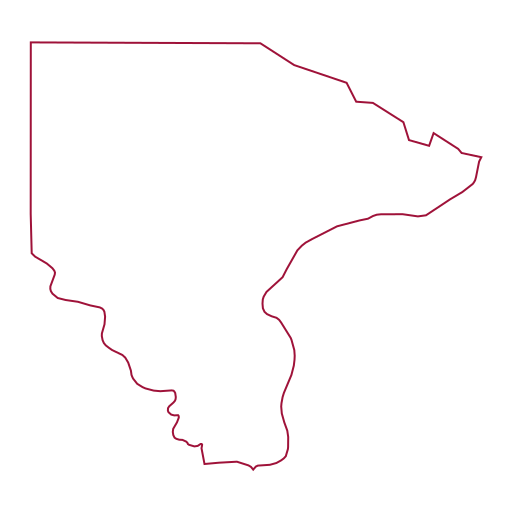 Lee, Iowa, United States of America (Albers equal-area conic projection)
{"feature_id": "52423323B84333675271441", "entity_name": "Lee", "entity_type": "district", "adm_level": 2, "iso_a3": "USA", "parent_name": "United States of America", "parent_adm1": "Iowa", "projection": "albers", "projection_center": [-91.454, 40.596], "detail": "fine", "context": "isolated", "style": "outline", "palette": "rose", "viewbox_px": 512, "rotation_deg": 0, "n_neighbors": 0, "source": "geoboundaries", "source_scale": "gbopen_adm2", "svg_char_len": 1964}
<svg xmlns="http://www.w3.org/2000/svg" viewBox="0 0 512 512"><path d="M31.7,253.3L35.2,256.7L46.8,263.5L52.4,268.2L54.3,270.7L55.0,272.6L54.7,274.7L50.4,286.3L50.3,288.9L50.9,291.2L52.5,293.7L57.7,298.0L65.6,300.0L78.0,301.8L90.2,305.4L99.8,307.4L102.2,308.6L103.6,310.1L104.4,311.8L105.1,316.7L104.5,324.3L101.9,333.4L101.8,336.0L102.6,340.2L103.9,343.1L105.8,345.4L108.9,347.8L112.2,350.1L122.4,355.0L125.3,357.7L128.2,362.6L130.9,370.6L131.5,374.9L132.2,376.7L133.1,378.6L137.2,383.8L142.5,387.1L145.4,388.4L153.7,390.6L160.3,391.2L171.7,390.4L173.5,390.7L174.3,391.5L175.2,393.0L175.8,397.0L175.6,399.1L175.0,400.7L173.5,402.5L169.2,406.3L168.0,408.2L167.9,410.7L168.5,412.2L171.2,414.6L174.3,415.4L178.1,415.2L178.7,416.1L178.8,417.6L177.0,422.3L173.2,428.8L172.8,431.9L173.3,435.1L174.6,437.7L176.3,438.8L179.2,439.7L182.5,439.9L186.2,441.6L187.4,442.8L187.9,444.0L189.0,444.8L194.4,446.4L197.7,445.9L200.6,444.0L201.6,444.0L202.1,444.5L202.0,445.8L201.5,448.2L204.5,464.0L219.0,462.7L236.9,461.7L248.5,465.4L251.0,466.9L253.2,469.6L255.9,466.5L257.9,465.6L269.9,464.8L276.4,463.0L281.1,460.4L283.8,458.4L285.8,456.2L287.9,449.1L288.1,447.1L288.2,437.0L287.3,430.7L284.3,422.4L281.8,413.5L281.2,406.5L281.5,403.1L282.6,397.1L283.9,392.9L291.4,375.0L293.8,365.7L294.5,359.9L294.7,355.8L294.3,350.1L291.5,339.9L290.7,337.9L281.1,322.5L279.1,319.8L276.5,317.8L271.7,316.3L267.0,314.1L264.5,311.8L262.9,308.3L262.5,303.6L262.8,299.4L263.7,296.6L266.5,291.9L282.6,277.2L286.7,269.2L297.4,250.3L301.8,245.7L305.7,242.6L312.4,238.9L337.1,226.3L359.7,220.4L368.0,218.7L373.0,216.0L376.8,214.7L380.7,214.3L402.6,214.2L417.9,216.4L426.0,215.3L427.2,214.5L450.3,199.2L462.4,192.0L472.8,183.9L473.9,182.4L475.1,180.3L476.0,177.2L479.1,161.6L481.3,157.2L461.6,153.0L458.2,148.9L433.6,133.1L429.1,145.8L409.0,140.1L403.4,122.2L372.9,102.9L356.2,101.7L346.6,82.8L294.2,65.1L260.4,43.3L30.8,42.4L30.7,214.0L31.7,253.3Z" fill="none" stroke="#9f1239" stroke-width="2"/></svg>